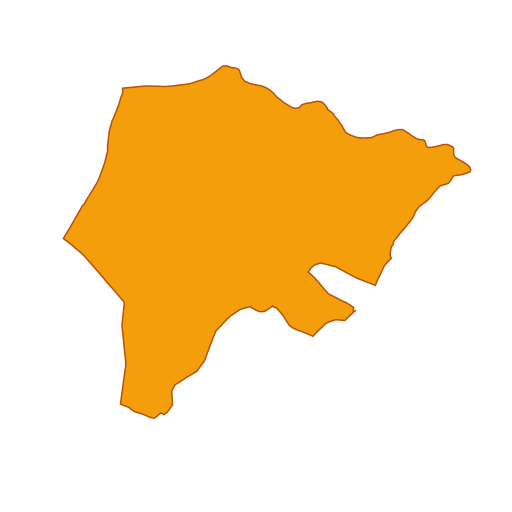 Cap Estate/Becune Point, Gros Islet, Saint Lucia, rotated 102°
{"feature_id": "8701671B82829723168564", "entity_name": "Cap Estate/Becune Point", "entity_type": "district", "adm_level": 2, "iso_a3": "LCA", "parent_name": "Saint Lucia", "parent_adm1": "Gros Islet", "projection": "robinson", "projection_center": [-60.952, 14.093], "detail": "fine", "context": "isolated", "style": "filled", "palette": "amber", "viewbox_px": 512, "rotation_deg": 102, "n_neighbors": 0, "source": "geoboundaries", "source_scale": "gbopen_adm2", "svg_char_len": 4055}
<svg xmlns="http://www.w3.org/2000/svg" viewBox="0 0 512 512"><g transform="rotate(102 256 256)"><path d="M430.3,313.0L427.3,310.3L418.9,306.7L415.6,307.6L405.7,310.3L398.9,308.5L388.9,298.3L381.0,289.9L368.9,284.5L352.0,282.1L337.8,279.7L321.0,269.4L311.5,260.4L306.8,251.2L308.9,245.0L309.7,241.1L309.3,238.9L308.5,236.7L307.6,235.0L301.5,229.5L302.0,229.1L302.7,224.9L305.5,221.2L309.0,216.7L313.6,212.4L317.2,208.6L319.0,204.0L319.8,200.1L320.3,196.4L321.0,191.8L322.7,183.6L321.1,182.7L316.8,180.1L313.3,177.6L308.8,174.6L306.5,172.7L305.0,170.4L303.2,167.3L301.7,164.7L301.3,161.5L300.9,157.3L300.6,155.8L298.6,154.4L293.2,150.7L288.1,147.0L291.1,149.3L286.1,149.7L284.5,153.5L283.0,157.8L281.6,163.7L280.3,168.5L279.0,173.2L278.0,177.2L271.7,185.7L269.1,188.8L265.8,193.2L264.2,195.7L260.9,201.5L256.2,199.7L252.5,196.7L249.4,191.3L249.9,176.2L256.7,152.8L259.9,133.2L253.8,132.0L245.9,130.1L238.3,128.3L230.0,123.2L227.4,125.0L221.8,125.5L218.4,125.5L217.1,124.4L212.5,124.3L210.2,122.8L204.7,120.2L200.9,118.2L197.0,116.0L193.4,114.1L189.2,112.1L184.8,110.3L179.4,109.2L173.6,106.7L170.6,103.9L168.1,101.6L165.2,99.3L160.9,97.1L157.5,95.4L153.6,93.3L150.7,91.5L149.5,90.7L148.7,89.8L148.1,88.7L146.7,86.0L144.8,82.9L141.8,81.4L139.7,80.6L137.0,79.7L136.3,78.8L135.6,76.9L133.6,71.6L131.4,67.6L129.4,64.3L127.3,63.9L125.6,64.6L124.4,65.7L122.5,69.0L120.1,75.5L118.9,79.9L117.5,82.6L116.7,83.0L115.4,83.8L112.4,84.5L109.5,85.1L108.6,86.0L107.9,88.4L107.1,91.9L108.1,96.2L109.9,99.3L111.6,103.1L113.2,106.9L114.0,109.8L113.8,111.5L112.3,112.6L110.1,113.7L108.2,114.9L107.6,116.3L107.9,118.0L108.1,120.7L107.8,123.3L106.3,127.6L104.3,132.3L102.4,137.0L101.9,139.4L102.4,141.4L103.1,143.6L104.5,146.8L106.2,149.5L108.1,152.7L109.7,156.5L110.9,159.3L112.1,162.3L113.5,164.1L114.8,165.8L116.4,168.1L118.2,175.1L118.4,176.1L118.7,178.6L119.0,180.9L118.9,183.2L118.6,185.1L118.3,187.4L117.6,190.6L116.9,193.4L115.3,195.0L112.2,197.9L111.6,198.2L110.7,199.0L110.0,199.8L108.8,201.2L107.4,202.7L106.5,203.5L105.8,204.4L104.8,205.5L104.1,206.8L103.0,208.0L102.1,209.2L101.3,209.6L100.2,211.0L99.4,212.6L98.7,214.3L98.0,216.2L96.0,217.4L95.0,218.6L94.0,220.0L93.2,220.9L92.5,222.0L92.0,223.4L91.6,224.3L91.9,228.0L92.1,228.9L92.6,229.9L93.1,231.1L93.3,231.7L94.8,234.6L95.3,236.2L95.9,237.8L96.5,239.2L97.3,240.4L97.9,241.5L98.3,242.4L99.2,243.0L99.9,243.3L100.8,243.9L101.4,244.3L102.1,245.0L102.3,245.5L102.6,246.3L103.2,247.6L103.4,249.0L103.4,250.1L103.2,251.5L102.9,253.0L99.7,261.6L99.1,262.9L98.5,263.7L97.8,265.0L97.2,266.7L96.8,267.5L96.3,268.4L95.8,269.2L95.2,269.9L94.7,270.8L93.9,271.8L93.2,272.6L92.9,273.2L91.7,275.3L91.2,276.2L90.7,277.5L90.4,278.1L90.0,279.2L89.6,280.3L89.3,281.5L89.0,282.6L88.8,283.4L88.7,284.2L88.5,285.9L88.5,287.4L88.5,288.4L88.6,290.0L88.6,291.5L88.6,292.4L88.7,294.9L88.5,296.4L88.4,297.5L88.4,298.4L88.2,299.4L87.9,300.6L87.4,303.5L86.0,305.0L84.8,306.8L83.6,307.5L78.8,310.3L77.1,311.7L76.4,315.2L76.8,319.1L76.1,324.2L76.8,326.6L77.2,328.1L81.3,331.5L86.3,335.6L89.8,338.8L91.9,341.2L93.7,343.4L94.5,344.4L95.8,347.1L98.8,352.4L100.6,355.3L102.3,359.5L103.6,363.1L105.3,368.0L106.6,371.9L107.7,375.3L109.0,379.6L111.3,392.5L112.4,398.1L114.7,406.1L116.7,412.2L119.6,421.4L120.4,421.4L122.4,420.4L124.4,420.4L129.3,421.2L136.7,421.7L145.4,423.2L147.4,423.5L150.4,424.0L152.6,424.5L154.6,425.0L156.3,425.0L159.1,425.2L163.9,425.5L166.3,425.3L168.5,425.0L172.2,424.8L175.4,424.3L177.6,424.4L182.8,423.2L185.2,422.9L186.8,423.2L192.2,423.2L193.9,423.3L194.8,423.3L197.4,423.5L200.9,424.0L208.2,425.0L212.5,425.7L217.3,426.7L236.2,433.4L241.1,435.0L242.9,436.2L267.8,444.2L279.0,448.1L281.0,443.7L283.8,438.0L285.9,434.2L289.8,426.9L292.6,422.7L301.7,410.6L307.1,403.5L313.8,394.9L317.9,389.3L319.7,386.8L328.6,375.4L330.9,374.9L351.7,372.7L388.6,360.8L429.1,357.8L429.8,353.4L430.5,349.1L432.0,346.1L433.5,342.2L433.9,338.7L434.1,335.0L435.0,330.0L435.7,326.9L435.8,324.6L435.9,322.2L434.8,320.6L433.1,319.3L432.1,318.7L429.5,316.8L429.7,314.6L430.3,313.0Z" fill="#f59e0b" stroke="#b45309" stroke-width="1.5"/></g></svg>